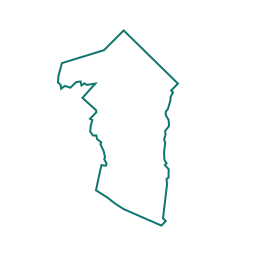 Clinton, Pennsylvania, United States of America (Albers equal-area conic projection), rotated 45°
{"feature_id": "52423323B29093736959677", "entity_name": "Clinton", "entity_type": "district", "adm_level": 2, "iso_a3": "USA", "parent_name": "United States of America", "parent_adm1": "Pennsylvania", "projection": "albers", "projection_center": [-77.638, 41.221], "detail": "fine", "context": "isolated", "style": "outline", "palette": "teal", "viewbox_px": 256, "rotation_deg": 45, "n_neighbors": 0, "source": "geoboundaries", "source_scale": "gbopen_adm2", "svg_char_len": 911}
<svg xmlns="http://www.w3.org/2000/svg" viewBox="0 0 256 256"><g transform="rotate(45 128 128)"><path d="M56.0,62.1L56.0,89.9L35.4,128.8L41.7,139.8L46.1,145.2L50.2,145.3L52.9,147.5L53.7,142.8L58.8,140.2L58.9,132.2L61.5,128.7L65.1,130.8L65.5,127.4L68.5,126.5L73.5,119.7L74.5,138.9L92.8,138.0L94.5,139.3L94.6,148.3L97.1,147.6L100.5,153.4L103.9,157.3L108.6,158.0L110.8,155.7L113.9,157.7L119.3,157.1L120.0,159.0L127.3,161.6L132.5,165.0L133.3,166.9L138.0,168.3L139.0,170.3L135.5,173.0L139.6,179.6L148.3,193.0L149.4,194.7L162.8,191.7L171.8,190.7L182.4,188.4L220.6,173.4L220.5,167.1L216.6,167.1L195.5,140.3L191.3,136.8L191.8,134.5L185.9,128.4L180.3,128.1L180.3,125.8L176.2,124.7L170.6,119.6L164.7,112.1L161.6,110.6L159.4,106.3L156.4,103.8L155.6,97.6L151.1,93.6L145.8,92.3L143.2,89.9L142.8,86.4L138.4,78.3L136.2,76.0L134.5,70.9L132.0,71.0L131.9,61.3L56.0,62.1Z" fill="none" stroke="#0f766e" stroke-width="2"/></g></svg>